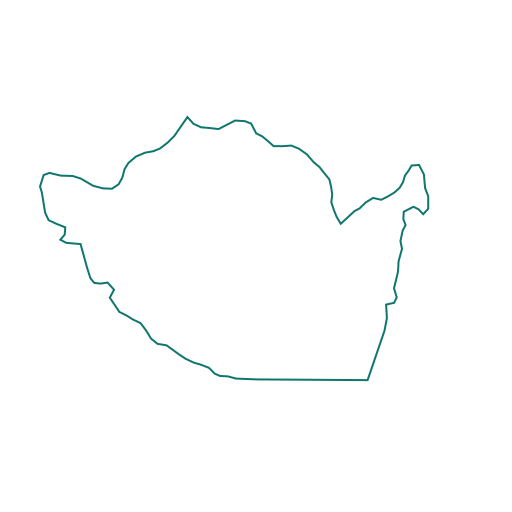 Prata, Paraíba, Brazil, rotated 71°
{"feature_id": "56859067B2509544079783", "entity_name": "Prata", "entity_type": "district", "adm_level": 2, "iso_a3": "BRA", "parent_name": "Brazil", "parent_adm1": "Paraíba", "projection": "orthographic", "projection_center": [-37.099, -7.688], "detail": "fine", "context": "isolated", "style": "outline", "palette": "teal", "viewbox_px": 512, "rotation_deg": 71, "n_neighbors": 0, "source": "geoboundaries", "source_scale": "gbopen_adm2", "svg_char_len": 1590}
<svg xmlns="http://www.w3.org/2000/svg" viewBox="0 0 512 512"><g transform="rotate(71 256 256)"><path d="M223.0,72.2L221.1,79.4L224.8,83.7L228.5,89.0L234.0,92.9L238.3,98.0L241.1,104.7L242.7,112.4L243.6,119.3L239.2,126.4L241.1,134.8L244.7,142.5L245.6,148.2L250.3,158.9L253.1,165.4L245.4,167.0L238.3,167.4L229.7,167.3L222.7,163.9L214.6,162.4L207.4,161.7L199.6,164.6L192.6,167.0L186.0,171.0L176.6,174.7L168.6,180.4L163.1,186.6L160.7,195.5L157.8,203.6L151.3,207.3L145.0,211.1L140.1,215.9L129.2,217.5L124.9,222.6L121.1,231.7L123.8,250.1L119.5,259.0L116.4,266.1L110.6,272.1L102.3,275.6L115.8,294.0L120.0,302.5L123.1,311.8L123.5,318.9L122.2,327.2L122.9,337.1L126.5,346.4L131.1,352.0L138.4,356.9L143.5,362.6L145.5,370.3L142.2,378.7L136.7,387.0L125.9,396.3L120.7,403.2L116.4,414.5L110.2,424.2L110.3,430.4L120.0,437.6L126.2,437.8L146.5,441.3L154.7,440.4L160.7,434.1L166.8,427.0L173.5,429.9L176.9,435.7L181.8,431.1L187.6,418.0L211.3,419.5L223.0,419.8L228.8,417.7L231.5,411.9L232.8,405.0L241.7,401.2L247.8,407.8L258.3,405.0L264.4,403.4L270.3,397.6L275.8,393.2L281.9,387.0L290.5,384.2L300.0,382.1L307.0,377.7L311.3,369.7L318.4,364.7L323.3,361.3L330.3,356.0L336.6,349.5L340.5,343.9L346.4,336.9L353.7,333.4L357.7,329.1L360.7,321.7L365.4,314.8L373.1,295.0L409.7,190.9L368.3,158.7L357.2,152.4L344.3,148.8L345.2,140.7L340.9,136.4L331.4,136.0L322.7,130.4L317.0,126.8L307.4,122.9L296.7,115.6L289.0,114.6L279.8,109.1L275.4,104.5L269.1,104.7L262.3,101.9L260.7,91.1L264.8,87.1L270.9,84.3L267.4,77.8L255.6,73.7L246.8,74.0L241.1,72.6L233.7,70.7L223.0,72.2Z" fill="none" stroke="#0f766e" stroke-width="2"/></g></svg>